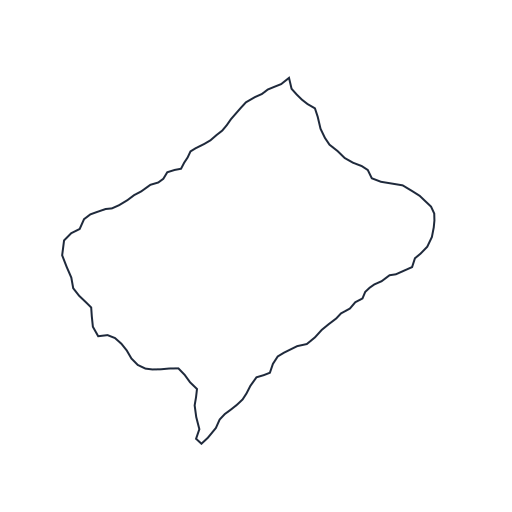 outline of Heliodora, Minas Gerais, Brazil, rotated 156°
{"feature_id": "56859067B59124284562454", "entity_name": "Heliodora", "entity_type": "district", "adm_level": 2, "iso_a3": "BRA", "parent_name": "Brazil", "parent_adm1": "Minas Gerais", "projection": "equal_earth", "projection_center": [-45.541, -22.046], "detail": "fine", "context": "isolated", "style": "outline", "palette": "slate", "viewbox_px": 512, "rotation_deg": 156, "n_neighbors": 0, "source": "geoboundaries", "source_scale": "gbopen_adm2", "svg_char_len": 1728}
<svg xmlns="http://www.w3.org/2000/svg" viewBox="0 0 512 512"><g transform="rotate(156 256 256)"><path d="M153.4,405.3L163.1,402.8L170.6,403.1L177.5,403.3L184.7,401.6L192.3,401.6L202.7,400.5L209.4,397.6L215.7,394.7L223.2,391.2L229.5,387.4L235.8,384.3L242.7,382.6L250.6,380.2L257.9,379.4L267.3,379.0L273.3,378.2L278.4,373.8L283.6,370.5L289.0,366.2L295.3,367.7L303.0,368.6L309.3,364.2L315.4,362.9L323.5,364.0L334.6,361.7L342.5,361.2L350.8,359.3L360.5,358.1L368.3,358.1L374.3,360.1L383.5,360.9L390.4,361.4L398.1,359.6L406.1,352.4L415.5,352.0L425.0,348.3L432.8,335.5L433.4,323.1L433.5,311.4L436.1,300.9L433.8,291.7L430.1,282.7L427.5,276.0L430.5,267.8L433.8,257.7L432.8,246.9L423.8,244.1L418.2,238.4L414.6,230.4L412.5,222.3L411.5,213.0L408.3,204.5L402.8,198.1L396.8,194.5L389.0,191.2L381.0,188.5L372.6,184.9L369.5,176.4L367.6,167.4L364.0,158.5L368.2,151.4L372.8,144.5L376.1,133.2L378.2,120.8L385.1,113.4L382.2,106.7L374.0,109.5L362.6,115.2L355.7,121.4L348.8,124.3L341.0,126.0L333.7,127.9L326.6,130.4L320.6,134.3L313.9,139.7L304.9,145.0L297.4,144.0L290.8,143.7L284.4,150.6L277.0,155.4L269.8,156.3L262.3,156.6L255.0,156.9L245.4,154.9L235.2,157.7L225.9,161.8L217.1,164.2L208.1,166.3L201.7,169.0L191.6,169.8L184.1,173.4L176.0,173.9L170.8,178.8L165.1,180.8L159.5,181.9L151.4,181.9L141.8,184.1L135.7,182.4L127.0,182.4L117.9,182.4L111.7,189.3L104.8,191.2L95.8,194.8L87.6,201.8L82.0,209.8L78.6,215.8L75.9,222.3L76.0,229.9L79.2,237.6L82.0,244.4L86.8,251.6L93.3,260.9L101.8,266.5L111.7,273.0L118.6,279.9L118.9,289.1L122.8,295.1L129.4,301.7L135.1,309.4L138.8,318.7L143.6,327.8L145.0,335.9L145.3,346.0L143.0,358.1L142.1,366.9L147.1,373.8L150.5,380.2L153.2,387.1L155.5,394.3L153.4,405.3Z" fill="none" stroke="#1e293b" stroke-width="2"/></g></svg>